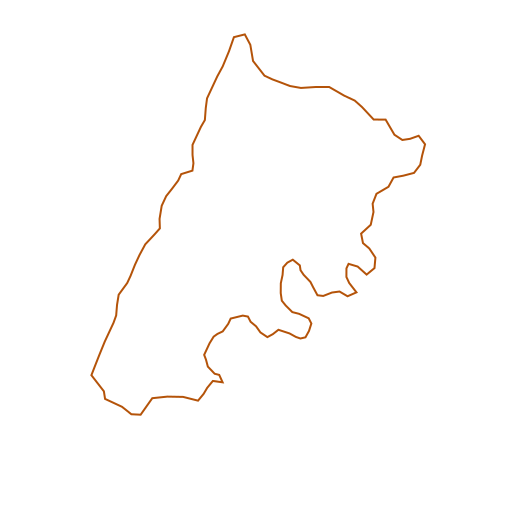 Mandres Lefkosias, Cyprus, rotated 295°
{"feature_id": "46923920B85136596681423", "entity_name": "Mandres Lefkosias", "entity_type": "district", "adm_level": 2, "iso_a3": "CYP", "parent_name": "Cyprus", "parent_adm1": "", "projection": "natural_earth1", "projection_center": [33.366, 35.223], "detail": "fine", "context": "isolated", "style": "outline", "palette": "amber", "viewbox_px": 512, "rotation_deg": 295, "n_neighbors": 0, "source": "geoboundaries", "source_scale": "gbopen_adm2", "svg_char_len": 1823}
<svg xmlns="http://www.w3.org/2000/svg" viewBox="0 0 512 512"><g transform="rotate(295 256 256)"><path d="M127.4,279.1L132.7,272.9L131.8,268.3L135.4,259.1L140.9,254.5L144.5,250.8L157.3,250.8L165.0,251.7L169.1,254.0L173.6,257.7L182.7,259.5L188.6,259.5L196.4,269.2L197.7,274.3L194.1,278.9L192.3,285.8L188.6,292.3L187.3,300.6L192.3,304.3L198.6,307.5L200.0,319.1L199.5,326.4L200.0,331.1L203.2,335.2L210.5,335.7L218.2,334.7L221.8,330.1L221.8,319.5L220.5,312.6L223.7,303.8L226.4,298.3L232.8,294.1L241.8,290.0L250.0,288.1L257.3,285.4L263.2,287.2L268.2,290.9L266.0,299.7L261.9,302.4L259.1,307.1L255.5,316.3L251.9,320.9L246.4,328.3L248.2,333.8L255.0,340.3L259.1,346.7L258.2,356.0L265.5,362.4L270.9,351.9L275.2,346.8L283.0,343.2L288.0,343.2L289.4,352.6L285.9,364.1L295.1,368.5L305.0,364.9L310.7,355.5L312.9,347.5L320.7,341.8L332.8,346.8L345.5,343.9L352.7,339.6L363.3,338.9L374.7,346.8L385.3,347.5L391.0,355.5L398.1,364.1L408.1,366.3L417.3,364.1L428.7,362.0L433.7,352.6L427.3,346.1L423.0,339.6L424.4,330.2L434.4,315.8L429.4,305.0L435.8,289.1L438.6,279.8L438.6,268.2L440.1,250.9L434.4,238.7L427.3,225.7L424.4,214.9L423.7,204.8L423.0,196.2L423.0,187.5L431.5,170.9L445.0,161.6L452.1,152.2L445.0,143.5L430.1,145.0L413.8,145.7L402.4,145.0L387.5,145.0L378.2,145.0L369.0,147.9L357.6,152.2L349.8,151.5L339.1,151.5L329.9,151.5L320.7,155.8L313.6,160.1L306.5,162.3L298.6,153.6L291.5,153.6L281.6,151.5L272.3,149.3L261.7,149.3L248.9,152.9L240.4,157.2L233.3,155.1L219.8,150.7L207.7,150.0L197.0,150.0L184.9,150.7L177.1,150.7L162.9,147.9L153.0,150.7L143.0,154.4L135.2,155.1L126.0,155.1L114.6,155.1L100.4,155.8L89.0,156.5L78.4,157.2L69.1,175.3L62.7,179.6L62.7,190.4L62.7,198.3L59.9,209.9L63.4,218.5L83.3,222.1L91.1,235.1L97.5,249.5L100.4,264.6L108.9,266.8L116.0,267.5L124.5,269.7L127.4,279.1Z" fill="none" stroke="#b45309" stroke-width="2"/></g></svg>